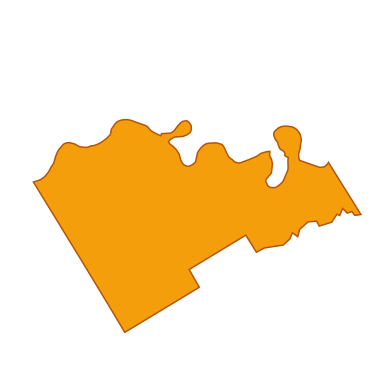 outline of Phillips, Arkansas, United States of America, rotated 238°
{"feature_id": "52423323B7472749595525", "entity_name": "Phillips", "entity_type": "district", "adm_level": 2, "iso_a3": "USA", "parent_name": "United States of America", "parent_adm1": "Arkansas", "projection": "equal_earth", "projection_center": [-90.79, 34.382], "detail": "fine", "context": "isolated", "style": "filled", "palette": "amber", "viewbox_px": 384, "rotation_deg": 238, "n_neighbors": 0, "source": "geoboundaries", "source_scale": "gbopen_adm2", "svg_char_len": 2403}
<svg xmlns="http://www.w3.org/2000/svg" viewBox="0 0 384 384"><g transform="rotate(238 192 192)"><path d="M284.5,62.8L195.3,62.0L135.5,61.2L108.6,60.6L107.4,147.7L127.8,148.5L126.9,214.8L106.8,214.7L106.2,223.7L98.7,241.3L100.3,250.1L104.3,255.5L98.1,258.0L103.3,263.6L105.1,274.5L101.3,282.2L95.7,281.8L92.4,294.5L96.3,303.2L93.8,304.8L98.2,311.0L91.8,312.5L90.8,317.2L85.9,317.7L83.4,323.3L144.8,323.4L144.4,322.8L143.5,320.3L143.2,317.7L145.0,313.6L151.2,308.5L161.7,300.1L164.2,300.7L167.6,302.4L171.9,307.1L174.2,308.8L177.6,311.8L178.8,312.6L183.0,314.1L185.4,314.4L189.6,313.9L191.7,313.0L193.5,311.9L194.6,310.9L197.2,308.0L199.1,304.9L200.2,302.2L200.5,299.2L199.9,295.0L199.4,293.7L198.5,292.5L196.9,291.4L192.5,290.5L188.8,291.0L185.4,289.9L182.2,289.5L180.9,289.8L178.8,291.0L176.9,291.4L175.4,291.3L174.0,290.1L172.0,290.7L170.1,291.9L168.6,290.5L161.1,286.0L159.5,284.5L153.2,275.5L152.3,273.4L151.6,269.4L151.5,265.9L151.8,264.6L152.9,262.8L154.6,260.7L156.8,259.7L160.9,260.0L162.9,260.7L163.3,261.2L163.9,262.5L165.5,268.1L166.2,269.3L167.6,270.7L173.4,275.2L177.9,276.8L181.8,277.1L183.3,278.2L185.2,279.6L186.3,277.4L187.3,274.5L188.1,271.4L188.3,269.8L188.0,267.9L188.1,264.9L189.2,257.9L191.0,249.2L191.6,247.3L192.5,246.1L193.9,244.8L195.3,244.0L198.3,243.2L202.0,241.7L204.1,241.8L213.6,243.0L216.3,242.7L220.0,239.5L221.0,238.3L224.6,231.9L225.4,229.7L225.5,226.3L224.7,222.9L223.9,220.6L222.4,217.5L216.3,211.6L215.5,210.4L215.3,209.6L215.0,206.3L215.5,202.9L216.0,202.0L217.4,200.7L219.6,199.4L221.9,199.1L225.1,199.4L229.8,200.9L231.4,201.2L236.2,201.1L240.7,200.1L244.3,198.7L247.1,198.6L247.6,200.0L248.1,201.8L247.7,206.6L243.9,213.7L243.1,218.2L243.4,221.7L244.5,223.7L246.0,225.1L249.0,226.5L252.3,226.5L255.3,225.3L256.2,223.1L256.8,221.9L256.8,219.4L255.7,215.1L255.5,214.7L253.2,208.7L253.3,205.1L257.6,197.1L256.3,195.2L262.8,191.1L265.2,189.9L266.5,189.5L271.4,188.7L273.1,187.7L285.6,177.8L287.6,175.5L289.2,172.9L290.2,170.7L290.9,168.4L291.2,165.9L290.6,162.9L288.1,157.2L287.0,156.0L284.5,153.7L283.8,152.5L282.7,147.9L282.1,140.8L282.5,137.6L283.0,135.0L283.4,133.2L284.5,131.2L285.4,126.8L286.4,125.1L289.8,120.8L295.1,117.8L298.7,114.4L299.5,113.1L300.4,110.6L300.6,109.2L300.5,107.9L298.6,101.7L297.4,99.3L294.2,94.9L291.5,92.0L289.5,89.6L287.8,85.7L285.2,81.3L283.1,75.5L282.7,70.1L284.5,62.8Z" fill="#f59e0b" stroke="#b45309" stroke-width="1.5"/></g></svg>